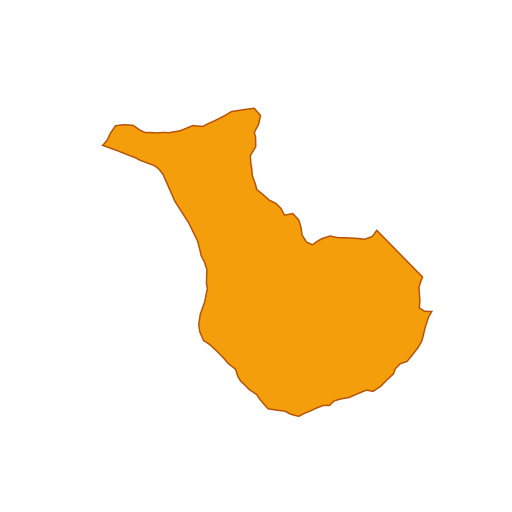 the district of Pedrinhas Paulista, São Paulo, Brazil, rotated 26°
{"feature_id": "56859067B86828708570906", "entity_name": "Pedrinhas Paulista", "entity_type": "district", "adm_level": 2, "iso_a3": "BRA", "parent_name": "Brazil", "parent_adm1": "São Paulo", "projection": "mercator", "projection_center": [-50.812, -22.814], "detail": "fine", "context": "isolated", "style": "filled", "palette": "amber", "viewbox_px": 512, "rotation_deg": 26, "n_neighbors": 0, "source": "geoboundaries", "source_scale": "gbopen_adm2", "svg_char_len": 1614}
<svg xmlns="http://www.w3.org/2000/svg" viewBox="0 0 512 512"><g transform="rotate(26 256 256)"><path d="M198.5,127.8L189.6,124.0L181.3,129.5L170.7,136.9L166.0,144.0L160.4,151.5L155.6,157.2L151.4,162.9L142.0,166.5L133.0,176.6L123.5,183.5L118.6,185.5L112.9,188.9L107.7,191.0L102.2,193.7L96.1,193.7L88.4,192.4L79.8,195.8L72.7,200.5L71.3,209.4L71.5,216.8L69.7,223.8L83.4,222.3L104.7,220.6L109.8,220.8L125.0,219.3L130.5,220.4L136.8,223.5L159.0,242.3L181.4,256.0L196.8,268.0L202.9,275.1L206.7,279.9L212.0,283.7L218.0,290.0L223.1,301.7L226.5,306.5L230.1,320.2L231.5,333.0L234.7,342.9L238.6,348.6L245.8,354.9L253.7,356.0L261.5,358.4L268.8,360.8L278.5,364.9L287.4,366.8L292.0,371.8L297.0,375.2L303.8,377.3L308.5,379.0L317.3,380.2L322.0,383.0L327.2,385.3L333.9,388.0L342.7,385.3L349.8,382.8L356.6,383.0L364.7,381.4L368.4,376.3L372.4,371.9L377.0,366.2L382.0,360.8L387.5,358.1L389.8,351.9L394.9,347.3L401.8,342.3L408.1,334.8L414.2,328.0L420.5,326.4L425.2,318.4L428.2,309.4L431.2,301.7L430.6,296.3L432.9,289.5L437.9,284.6L440.2,275.1L441.8,267.1L442.3,259.9L441.1,253.6L439.5,246.7L437.8,235.1L438.3,228.8L431.8,231.8L425.5,231.0L423.0,224.6L418.9,217.5L416.3,213.0L415.3,207.4L414.9,201.9L353.3,180.0L352.0,187.3L346.4,193.3L339.3,195.8L329.4,200.0L321.1,203.8L313.9,205.5L307.6,211.5L304.6,216.0L301.9,221.1L295.3,221.4L288.2,216.9L283.7,210.3L278.8,205.0L270.5,201.7L263.7,206.8L257.6,202.3L250.7,200.0L243.5,200.0L234.5,197.5L227.6,196.0L223.8,191.5L217.5,185.5L213.9,179.4L210.8,175.2L206.9,168.2L207.8,157.8L203.7,149.7L200.3,145.5L200.6,136.7L198.5,127.8Z" fill="#f59e0b" stroke="#b45309" stroke-width="1.5"/></g></svg>